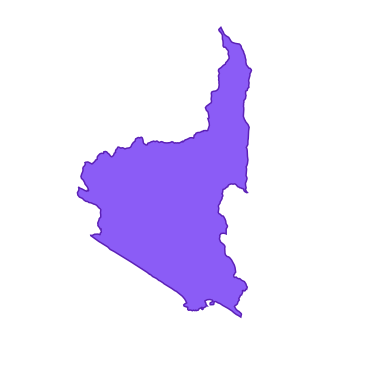 outline of Limon, Limón, Costa Rica, rotated 153°
{"feature_id": "36466004B50274844038256", "entity_name": "Limon", "entity_type": "district", "adm_level": 2, "iso_a3": "CRI", "parent_name": "Costa Rica", "parent_adm1": "Limón", "projection": "equal_earth", "projection_center": [-83.21, 9.776], "detail": "fine", "context": "isolated", "style": "filled", "palette": "violet", "viewbox_px": 384, "rotation_deg": 153, "n_neighbors": 0, "source": "geoboundaries", "source_scale": "gbopen_adm2", "svg_char_len": 6013}
<svg xmlns="http://www.w3.org/2000/svg" viewBox="0 0 384 384"><g transform="rotate(153 192 192)"><path d="M301.9,199.4L302.0,199.1L297.5,190.3L292.0,181.3L291.0,178.0L288.6,174.6L278.5,158.1L268.4,140.7L267.2,137.9L266.9,137.9L266.4,137.1L265.4,134.5L262.9,131.1L261.6,128.2L260.8,127.3L259.0,124.1L258.6,123.0L253.7,115.0L252.2,112.1L251.0,110.5L247.9,103.5L247.1,100.1L247.0,97.9L247.1,95.6L248.9,95.6L250.3,95.3L250.7,95.1L250.8,94.4L250.8,93.8L248.2,91.2L249.1,89.4L248.8,88.3L247.7,87.8L247.3,87.9L246.9,87.9L247.2,87.8L245.5,86.0L244.5,86.1L243.3,85.0L242.3,85.0L242.1,84.4L240.1,83.9L238.8,84.7L236.1,84.7L236.5,83.9L236.5,83.4L236.1,82.6L235.2,82.7L234.7,83.9L234.1,83.5L231.9,83.6L230.9,84.2L230.2,83.7L230.5,85.4L230.1,86.8L230.2,88.1L229.9,89.1L227.3,89.1L224.8,88.1L223.0,86.4L222.9,85.5L223.9,85.0L226.0,85.0L226.8,84.1L226.9,83.3L224.5,82.1L223.7,82.0L222.1,84.1L221.1,83.9L220.4,83.4L219.2,81.5L217.6,79.8L216.1,77.0L212.8,72.1L210.4,67.9L209.5,65.5L208.1,62.7L206.9,61.1L205.3,58.4L203.4,60.7L203.4,61.5L204.5,64.5L205.3,65.6L206.0,67.6L206.2,70.6L205.0,71.3L204.3,71.2L202.4,71.7L200.8,73.4L198.9,74.3L198.7,75.8L196.7,77.0L195.8,77.9L194.5,77.8L193.9,78.4L192.6,79.5L191.8,81.2L191.3,81.1L191.0,80.6L190.7,80.7L190.3,80.1L189.2,80.0L188.5,80.8L187.6,80.9L187.4,80.6L185.9,82.2L186.1,83.3L185.7,85.7L186.0,88.4L187.8,90.7L188.8,93.2L189.7,93.5L190.7,94.5L191.3,96.2L192.8,96.5L193.1,97.2L193.0,98.3L192.2,99.4L191.3,99.6L190.8,100.2L189.5,100.7L188.0,105.0L187.5,107.6L187.6,113.3L188.1,115.9L188.8,117.5L190.1,118.7L190.7,120.7L190.4,122.5L188.3,127.2L187.5,128.1L187.3,129.2L187.5,130.6L189.2,134.5L188.9,137.7L187.3,139.8L187.0,140.8L184.9,141.8L182.9,141.1L181.3,140.0L180.6,139.1L178.3,143.6L176.2,145.0L175.8,145.8L176.0,148.4L175.1,151.0L174.9,153.0L175.0,156.0L175.2,156.5L176.2,157.1L176.9,159.2L177.8,160.5L177.9,161.9L175.5,165.3L175.0,167.2L174.5,168.0L172.0,169.4L171.4,170.4L169.1,171.8L168.1,172.6L167.8,173.5L166.4,174.4L166.0,175.1L166.1,176.8L165.3,177.3L163.2,180.2L161.4,179.9L158.9,180.6L157.8,180.4L157.4,180.7L156.9,181.4L155.8,181.7L153.5,181.5L151.8,180.3L150.3,179.9L149.8,179.3L149.4,178.5L148.8,175.9L148.1,175.3L147.7,174.3L146.6,173.4L146.1,172.6L145.1,171.9L144.9,171.2L145.0,169.1L144.8,168.4L143.6,166.6L142.9,166.4L143.3,167.9L143.1,170.4L141.9,171.0L141.3,173.4L140.3,175.7L139.1,176.6L137.0,178.8L136.6,179.8L136.4,182.1L133.2,187.2L132.8,188.1L132.4,189.6L132.0,190.2L131.4,190.4L129.8,192.0L127.6,195.2L126.4,198.6L124.1,203.6L123.5,205.3L123.4,207.1L120.7,208.9L118.9,212.3L117.6,214.1L113.8,220.8L111.7,223.7L111.5,226.6L112.3,230.4L112.2,231.3L112.3,233.0L111.9,236.1L108.4,242.0L107.6,243.7L107.3,244.9L106.4,246.3L105.8,247.6L105.0,248.4L104.3,250.0L102.8,250.5L101.6,251.3L101.0,252.4L100.1,253.3L99.7,255.1L98.5,257.3L98.1,257.5L96.6,257.5L95.4,259.0L93.8,259.4L93.2,261.0L91.6,263.3L91.1,265.3L90.5,266.2L87.5,269.5L86.7,271.1L85.3,272.0L83.8,273.4L83.7,274.3L83.9,275.2L84.2,276.0L85.0,276.4L85.1,276.8L85.8,280.6L85.0,283.5L84.0,285.2L83.6,287.4L82.9,289.6L82.6,293.1L82.3,293.7L82.5,297.7L82.0,299.7L82.2,301.1L82.6,302.3L86.0,304.8L87.9,306.7L88.7,308.0L89.1,313.1L90.7,315.6L91.7,318.0L91.5,320.7L91.6,321.9L91.5,325.6L94.2,324.7L94.5,324.3L94.6,323.0L93.9,320.6L93.7,319.0L93.8,317.8L95.5,314.4L95.7,312.8L96.8,310.2L98.0,308.1L97.9,306.7L96.6,305.8L96.4,305.3L96.0,302.9L95.7,302.1L95.7,301.1L95.9,300.3L97.2,298.6L97.4,296.4L98.1,294.4L98.5,294.0L99.7,293.5L100.7,292.8L103.2,291.9L104.2,290.8L106.6,290.6L109.8,289.6L111.9,289.4L112.7,289.0L113.5,287.9L113.7,285.3L115.8,283.4L116.4,281.3L117.4,279.8L117.8,278.0L118.5,277.0L119.1,275.2L120.8,272.8L122.1,271.8L123.8,271.3L125.2,271.3L127.5,272.1L129.1,272.1L130.0,271.2L130.9,268.8L132.8,266.1L133.3,264.2L134.2,262.9L140.2,261.9L141.8,261.0L142.1,258.0L141.5,256.8L141.5,255.5L142.3,252.8L143.2,250.4L143.9,250.1L144.5,249.4L144.6,249.6L145.3,245.8L146.3,243.4L150.1,239.7L151.0,239.8L151.6,240.4L153.8,241.4L154.3,241.4L154.8,241.0L155.5,241.5L157.9,241.5L159.6,242.3L160.6,242.5L161.9,242.5L162.8,241.7L164.3,241.6L165.5,239.9L166.1,239.3L167.5,240.5L169.1,241.2L172.5,241.2L174.5,241.5L177.3,240.8L177.4,241.5L180.9,241.4L181.6,241.6L182.1,242.2L183.5,242.6L184.1,243.2L185.6,243.6L185.9,244.6L187.0,245.9L189.3,246.0L192.1,247.1L194.5,248.6L195.5,250.0L196.3,250.7L197.1,250.9L198.4,250.9L199.0,251.3L199.8,253.0L200.2,253.4L201.9,253.6L203.3,254.9L204.6,254.9L205.4,255.3L206.7,255.1L209.1,255.5L209.7,255.2L210.2,254.5L210.9,254.5L211.6,254.8L213.0,257.2L212.8,258.6L212.1,260.5L211.8,262.4L211.8,263.1L212.4,263.9L214.2,264.0L214.7,264.7L215.4,265.0L218.1,264.9L219.9,263.0L221.7,262.8L224.0,261.6L225.8,260.1L226.8,259.8L227.9,259.8L230.1,260.6L232.2,260.9L233.3,262.5L234.1,263.1L235.5,263.4L236.9,265.3L237.8,265.6L239.4,264.4L240.2,264.4L241.0,263.8L241.8,263.0L242.2,261.9L243.5,261.9L245.3,260.3L247.0,259.8L247.9,260.1L248.4,261.4L248.6,263.2L249.4,264.8L249.8,266.5L250.9,267.5L252.4,267.8L252.9,266.9L253.4,266.6L255.3,267.7L256.8,267.8L259.1,267.0L260.4,266.3L261.7,264.2L263.5,264.2L264.2,263.6L265.8,263.0L266.8,262.9L267.5,262.4L268.5,262.5L270.8,265.7L271.3,266.1L273.3,266.8L274.1,266.8L274.2,265.8L274.5,265.1L276.0,264.1L277.7,263.5L278.5,262.6L279.2,260.9L280.3,259.6L281.8,258.4L283.9,256.3L284.3,254.3L283.5,252.1L283.4,249.2L283.7,247.7L283.0,244.3L283.0,241.8L283.5,240.3L283.7,240.2L284.0,240.9L284.5,241.1L285.1,240.4L285.5,240.4L286.6,241.8L287.1,242.2L287.3,242.9L288.3,244.1L288.6,244.7L289.9,246.0L290.7,247.6L291.0,247.5L291.3,246.1L292.2,244.9L294.4,243.4L295.1,241.1L294.6,238.6L292.5,236.0L291.8,233.6L290.7,231.8L289.3,230.9L288.7,229.5L286.8,228.1L285.0,225.8L284.1,225.0L283.0,223.5L282.2,220.3L281.4,218.6L281.3,217.6L283.0,215.1L283.7,213.0L284.7,211.1L286.7,210.4L287.7,209.2L290.1,207.1L290.4,206.0L291.1,204.7L290.6,202.2L290.6,200.7L289.9,200.6L289.8,200.1L290.6,199.1L290.6,198.4L291.1,197.4L292.5,196.9L293.2,195.8L293.4,195.8L294.9,197.2L298.0,198.6L300.6,198.6L301.9,199.4Z" fill="#8b5cf6" stroke="#5b21b6" stroke-width="1.5"/></g></svg>